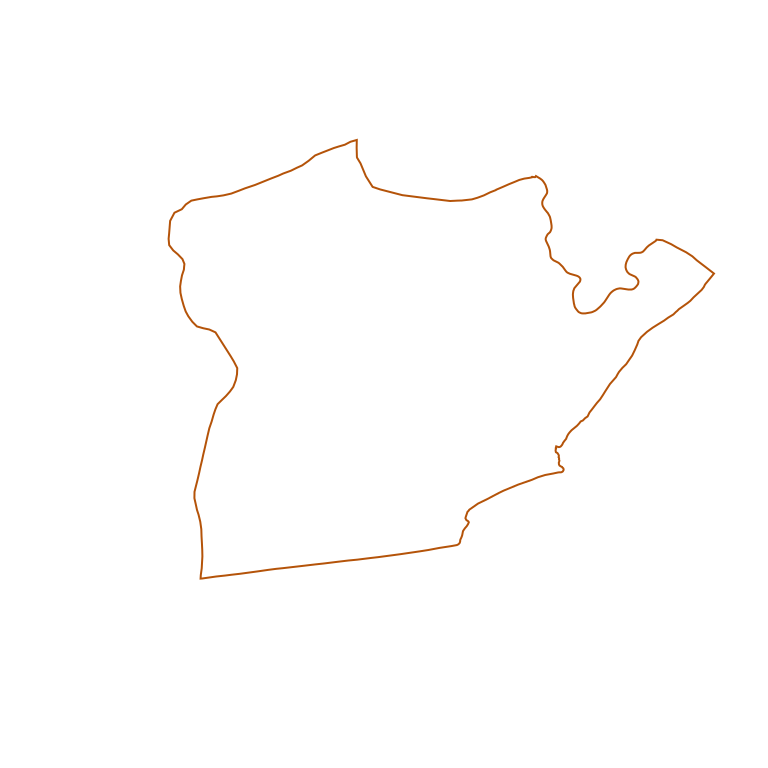 outline of Panare, Pattani, Thailand, rotated 113°
{"feature_id": "78962969B4451238967182", "entity_name": "Panare", "entity_type": "district", "adm_level": 2, "iso_a3": "THA", "parent_name": "Thailand", "parent_adm1": "Pattani", "projection": "orthographic", "projection_center": [101.496, 6.808], "detail": "fine", "context": "isolated", "style": "outline", "palette": "amber", "viewbox_px": 768, "rotation_deg": 113, "n_neighbors": 0, "source": "geoboundaries", "source_scale": "gbopen_adm2", "svg_char_len": 6082}
<svg xmlns="http://www.w3.org/2000/svg" viewBox="0 0 768 768"><g transform="rotate(113 384 384)"><path d="M308.2,643.8L317.4,644.6L329.4,640.6L334.5,639.0L340.1,636.0L343.4,630.2L345.2,624.4L347.8,618.3L351.5,614.6L354.2,613.8L356.9,612.9L362.9,612.4L368.5,611.2L373.8,609.8L379.6,607.0L384.7,603.4L390.3,598.9L394.7,594.9L398.1,590.6L401.6,584.8L404.1,578.7L403.3,572.2L402.1,566.1L402.3,559.3L418.4,535.9L421.8,531.2L426.7,525.3L432.5,523.1L438.4,521.9L445.6,521.6L451.2,522.9L456.9,524.8L462.3,527.1L467.6,529.3L473.2,529.3L478.6,528.9L485.9,528.0L493.0,527.5L500.6,526.2L512.6,524.0L519.6,522.8L525.3,521.7L531.9,520.6L538.7,519.3L545.7,518.1L550.9,517.3L557.3,516.3L563.2,513.9L568.5,510.1L572.9,507.0L576.8,503.6L582.6,499.3L589.1,495.4L595.6,492.4L602.3,489.1L607.7,486.5L613.7,483.8L619.0,481.9L624.8,479.8L631.4,478.0L634.8,476.8L634.1,475.4L630.9,470.1L626.8,463.3L622.4,455.4L619.2,449.9L614.9,442.3L605.7,426.8L600.3,417.9L596.2,410.9L593.3,405.6L583.5,388.3L576.6,376.2L572.7,369.2L565.3,356.4L560.5,348.0L556.1,339.9L549.5,328.5L545.7,321.8L539.8,311.8L534.3,302.5L524.2,285.9L519.4,278.2L513.2,268.9L506.9,258.7L503.8,254.0L502.4,252.8L500.6,252.2L499.1,252.4L498.1,252.8L497.0,252.9L495.2,252.8L492.9,252.9L491.4,253.2L488.6,253.8L486.8,253.5L485.0,253.1L482.6,252.3L480.2,251.9L478.2,251.9L477.7,252.4L477.3,253.4L477.3,254.0L476.9,255.3L475.7,256.6L474.5,256.8L469.1,257.2L467.3,256.5L466.4,256.4L457.3,250.7L449.5,243.9L444.3,239.7L439.3,235.6L435.5,232.3L424.1,221.1L414.4,210.4L409.7,205.9L404.8,200.1L400.1,193.0L399.8,192.6L397.2,188.9L396.1,186.5L395.1,185.5L394.4,185.2L392.9,185.1L392.1,185.5L391.5,186.1L391.2,187.2L390.8,187.6L390.8,188.4L390.7,189.3L390.5,190.5L390.2,190.9L389.7,191.5L388.2,192.3L387.7,192.4L387.0,192.4L386.5,192.5L385.8,192.7L385.5,193.0L385.1,193.4L384.8,193.6L384.3,193.7L383.9,193.8L383.5,194.2L383.2,194.7L382.9,194.8L382.3,194.8L381.9,194.9L381.3,195.3L380.6,196.1L380.3,196.6L380.1,197.0L379.8,197.3L379.7,197.8L379.7,198.4L379.6,199.1L379.3,199.4L378.8,199.6L378.4,199.9L377.9,200.2L377.3,200.3L376.0,200.4L375.7,200.7L375.7,200.9L374.1,201.1L374.1,200.9L374.0,200.0L373.9,198.8L373.4,197.7L372.4,196.9L370.9,196.4L369.9,196.2L368.2,196.2L365.6,195.6L364.3,195.2L363.2,194.9L362.2,195.0L359.9,195.0L357.7,194.7L355.9,194.2L353.3,193.3L347.0,190.0L344.2,189.0L341.6,188.3L339.9,186.7L336.8,185.5L334.3,183.9L329.9,183.7L326.3,182.7L322.0,181.6L318.2,180.6L313.7,179.1L308.8,178.2L303.7,177.4L295.7,176.0L295.4,175.9L287.0,173.1L283.8,172.8L281.0,172.4L276.1,170.9L271.1,168.8L266.1,167.8L260.9,166.7L255.2,166.4L248.7,166.3L244.8,166.6L240.4,165.6L233.2,162.3L227.2,158.7L221.6,154.8L216.3,151.0L211.8,148.3L206.9,144.8L203.5,143.4L202.2,142.7L199.9,141.8L195.1,138.8L190.7,136.1L187.7,134.5L183.3,132.9L173.3,128.4L169.8,127.5L167.3,127.4L165.9,127.1L164.0,126.5L156.2,124.2L153.4,123.4L150.7,133.6L149.4,138.7L147.9,144.5L146.0,150.0L144.7,157.3L143.9,167.9L143.1,174.2L142.8,183.7L144.7,189.6L145.3,189.6L145.6,189.6L145.8,189.7L146.4,190.0L147.2,190.5L153.0,194.3L155.6,195.5L159.1,196.6L160.1,197.0L160.9,197.3L161.5,197.8L162.1,198.2L162.6,198.8L163.2,199.6L165.0,203.6L165.3,204.3L166.5,205.7L167.4,206.5L168.5,207.2L169.9,207.8L171.3,208.1L173.9,208.4L177.1,208.5L179.8,208.1L181.5,207.5L182.1,207.3L182.8,206.8L184.0,205.9L185.0,204.8L185.9,203.6L186.8,201.3L186.9,200.5L187.0,196.3L187.0,195.4L187.1,194.7L187.3,193.8L188.6,191.4L189.4,190.5L190.1,189.9L190.6,189.7L191.3,189.5L192.2,189.3L192.7,189.2L194.3,189.5L196.0,190.0L197.7,190.7L198.6,191.2L199.4,191.9L199.9,192.5L200.4,193.2L201.6,196.1L203.4,203.1L204.0,204.6L205.3,206.5L206.0,207.3L207.6,208.7L208.4,209.3L209.8,210.1L211.5,210.9L212.8,211.3L214.0,211.6L217.4,212.2L221.8,213.0L223.0,213.3L227.5,214.9L228.7,215.4L232.6,217.3L232.8,217.4L234.1,218.3L236.2,220.2L237.0,221.1L237.6,222.0L240.3,226.2L240.6,226.9L241.3,228.4L241.7,229.7L241.8,230.4L241.8,231.4L241.7,232.9L241.5,233.4L241.2,234.1L240.9,234.6L240.1,236.1L239.5,237.1L238.8,238.1L238.0,238.9L236.9,239.7L236.7,239.8L235.9,240.5L230.8,243.6L227.8,245.1L226.2,245.6L224.3,246.1L223.4,246.1L222.1,246.2L221.4,246.2L220.4,245.9L213.6,243.8L213.4,243.7L212.5,243.7L211.4,243.9L210.7,244.2L210.4,244.4L209.9,245.0L209.5,245.7L209.2,246.6L209.0,248.0L209.1,249.5L209.9,255.9L209.8,258.6L209.7,259.0L209.4,260.0L208.5,261.6L206.3,265.2L206.1,265.7L204.8,269.0L204.4,270.1L204.2,271.2L203.9,276.2L203.6,277.2L203.1,278.5L202.9,279.0L202.6,279.5L202.2,279.9L202.0,280.1L201.4,280.6L197.7,282.6L196.8,283.1L195.9,283.7L194.9,284.5L193.2,286.0L190.6,288.9L189.0,290.7L187.9,291.6L187.6,291.7L187.2,291.9L186.8,292.0L186.3,292.1L185.8,292.1L184.8,292.1L183.3,292.0L182.6,291.9L182.1,291.8L181.7,291.6L179.4,290.5L179.0,290.5L178.7,290.4L177.9,290.4L176.9,290.4L176.0,290.5L175.3,290.6L174.6,290.8L172.8,291.6L171.0,292.7L169.9,293.4L168.0,294.6L166.5,295.7L165.8,296.2L165.2,296.7L164.6,297.4L162.9,299.6L162.4,300.3L162.4,300.5L160.7,303.7L159.8,305.2L158.5,307.0L158.1,307.4L157.3,308.1L156.9,308.4L155.5,309.1L155.2,309.2L154.2,309.5L153.7,309.6L153.1,309.6L152.0,309.6L151.0,309.5L150.3,309.4L147.0,308.8L145.6,308.6L144.9,308.5L144.3,308.6L143.5,308.8L142.8,309.1L142.3,309.3L141.9,309.6L141.3,310.0L137.7,313.1L136.8,314.3L135.7,315.9L134.9,317.3L134.4,318.5L133.9,320.5L133.2,325.4L134.0,325.5L134.4,325.6L134.5,325.7L134.6,325.8L134.7,326.1L135.0,326.8L135.4,328.6L135.5,328.8L135.8,328.9L136.0,328.7L137.5,330.8L140.1,335.1L143.3,339.2L147.1,342.9L151.1,346.9L156.1,351.6L161.4,356.7L161.8,356.8L166.1,361.2L171.4,365.8L176.0,370.7L179.7,375.2L184.7,384.1L186.3,387.6L189.7,394.6L194.3,410.4L196.2,416.8L203.0,440.9L206.4,463.6L207.0,471.5L199.9,481.8L190.1,491.8L186.3,497.1L185.7,497.6L177.2,501.5L170.0,504.4L174.1,509.5L179.0,513.5L183.0,518.4L186.4,522.4L191.3,527.4L195.2,531.4L200.5,536.7L208.0,540.6L214.8,544.8L219.0,548.7L224.0,553.0L229.6,559.0L233.5,562.6L239.3,568.6L251.1,580.4L258.2,588.4L262.5,592.8L268.4,599.0L273.1,605.5L276.6,611.2L279.1,615.8L283.4,622.5L287.1,628.1L290.5,633.0L296.2,636.6L302.1,638.4L308.2,643.8Z" fill="none" stroke="#b45309" stroke-width="2"/></g></svg>